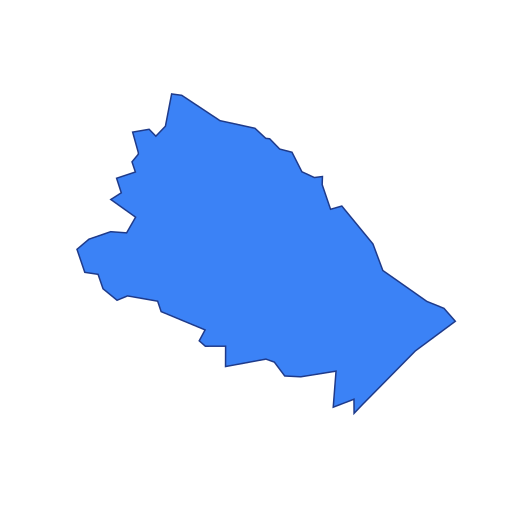 the district of Roane, Tennessee, United States of America, rotated 71°
{"feature_id": "52423323B98361785836731", "entity_name": "Roane", "entity_type": "district", "adm_level": 2, "iso_a3": "USA", "parent_name": "United States of America", "parent_adm1": "Tennessee", "projection": "robinson", "projection_center": [-84.545, 35.847], "detail": "fine", "context": "isolated", "style": "filled", "palette": "blue", "viewbox_px": 512, "rotation_deg": 71, "n_neighbors": 0, "source": "geoboundaries", "source_scale": "gbopen_adm2", "svg_char_len": 861}
<svg xmlns="http://www.w3.org/2000/svg" viewBox="0 0 512 512"><g transform="rotate(71 256 256)"><path d="M431.0,203.5L397.6,136.2L382.6,88.8L366.7,95.3L354.6,109.2L311.0,140.8L282.7,141.5L236.7,158.6L236.1,170.3L210.1,170.2L202.5,167.3L200.8,175.3L191.3,185.2L169.6,188.2L162.6,198.8L149.6,204.9L147.9,208.5L134.9,215.4L116.3,246.0L79.9,273.9L75.3,283.0L103.8,299.4L110.1,311.7L101.4,315.8L98.7,332.3L119.8,333.6L121.4,334.1L126.6,342.6L137.3,342.7L137.1,362.5L152.4,362.8L155.3,374.9L180.1,357.2L192.0,370.8L185.7,385.5L185.7,408.5L191.4,423.1L215.7,423.2L221.9,411.3L237.2,411.3L252.6,401.8L251.9,390.5L266.7,363.7L277.7,363.8L309.3,328.2L317.7,337.3L324.8,333.3L331.4,314.1L350.6,320.8L356.7,280.2L362.3,273.2L378.8,267.9L384.8,253.0L390.9,217.8L424.1,232.2L423.3,210.0L436.7,214.5L431.0,203.5Z" fill="#3b82f6" stroke="#1e3a8a" stroke-width="1.5"/></g></svg>